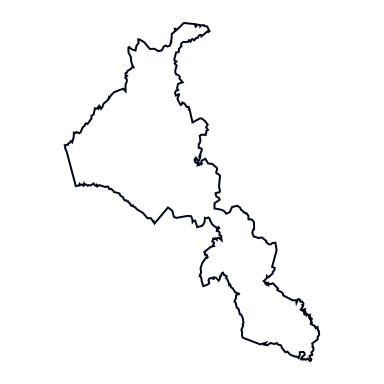 outline of Zapotiltic, Jalisco, Mexico
{"feature_id": "50627088B15187841007732", "entity_name": "Zapotiltic", "entity_type": "district", "adm_level": 2, "iso_a3": "MEX", "parent_name": "Mexico", "parent_adm1": "Jalisco", "projection": "equal_earth", "projection_center": [-103.32, 19.618], "detail": "fine", "context": "isolated", "style": "outline", "palette": "ink", "viewbox_px": 384, "rotation_deg": 0, "n_neighbors": 0, "source": "geoboundaries", "source_scale": "gbopen_adm2", "svg_char_len": 5976}
<svg xmlns="http://www.w3.org/2000/svg" viewBox="0 0 384 384"><path d="M66.6,151.4L75.8,186.1L78.7,185.5L79.5,184.1L80.0,185.3L81.6,184.4L83.5,185.8L84.1,183.6L84.7,184.7L85.7,184.4L87.7,185.7L88.6,185.1L90.4,185.5L93.7,183.5L94.8,185.3L96.9,186.3L96.9,184.9L98.3,185.8L99.6,185.2L105.3,187.0L107.5,186.5L108.4,187.1L109.2,189.1L111.0,188.8L113.4,190.8L113.8,191.9L119.5,193.5L120.3,195.5L123.3,197.5L123.4,198.7L124.8,200.5L126.1,200.2L127.3,201.4L128.3,201.4L128.6,202.5L130.4,203.8L130.4,204.8L131.7,205.9L132.7,205.5L132.7,206.2L134.5,206.8L137.4,209.6L142.8,212.8L147.5,218.2L150.8,218.2L152.7,220.8L153.4,220.9L153.3,221.8L154.5,223.5L168.0,207.5L172.2,210.6L173.9,216.9L176.4,217.9L187.6,215.9L191.1,216.2L192.4,219.5L192.6,222.0L193.4,220.9L195.1,220.6L197.3,227.2L201.7,225.9L203.2,224.7L204.6,221.8L204.9,217.8L206.3,218.2L208.5,217.5L209.9,219.1L209.8,219.9L212.1,224.1L214.2,226.2L216.2,227.1L216.8,229.1L218.1,228.4L218.5,227.3L219.2,228.1L217.5,229.4L216.9,231.1L218.4,231.2L219.6,232.4L219.5,235.2L221.0,235.8L221.6,240.2L218.7,237.8L216.7,238.3L216.7,239.6L215.4,238.3L214.7,239.1L213.3,238.5L212.3,241.6L213.8,242.2L214.1,243.4L213.0,244.9L214.0,246.0L210.7,246.9L204.3,252.0L205.1,252.9L204.8,254.3L205.5,255.1L206.6,254.8L207.7,257.2L207.0,258.0L205.9,257.7L202.2,263.2L200.6,268.3L201.1,272.8L200.1,274.5L200.4,275.8L199.8,276.2L201.2,277.5L201.8,281.6L203.3,286.1L207.0,284.9L209.3,283.2L208.5,280.6L209.1,278.8L210.8,278.0L213.6,278.8L213.5,277.4L215.8,277.6L218.7,280.6L219.8,278.9L220.0,276.4L221.1,276.0L221.7,273.4L223.0,272.7L224.2,275.2L226.5,276.0L226.6,277.2L226.0,278.0L227.1,279.0L228.8,282.8L229.2,285.2L230.2,284.6L231.0,287.2L232.9,288.5L235.2,292.3L239.0,293.7L238.6,294.4L236.9,294.0L236.0,296.0L236.0,297.9L234.5,301.6L235.7,302.8L236.8,307.7L238.5,308.8L239.9,314.3L241.2,314.6L242.9,318.6L243.5,322.8L242.7,324.5L243.1,325.8L241.4,329.7L242.1,332.4L242.0,335.8L243.0,337.8L260.3,344.4L265.8,342.7L264.3,344.7L267.5,345.2L270.4,343.0L274.2,344.0L277.0,343.1L277.7,344.4L281.0,345.4L282.0,348.0L285.4,352.2L287.3,351.6L290.3,354.7L295.1,356.6L296.6,356.5L298.6,358.1L299.8,354.8L299.8,352.2L303.3,351.9L304.6,353.2L304.6,354.9L302.1,356.9L301.0,358.8L301.3,359.5L302.8,359.0L303.5,359.5L304.1,358.9L305.7,359.8L307.7,358.5L309.7,361.0L311.0,360.4L311.3,359.1L310.0,358.0L309.7,355.7L312.3,354.8L311.4,352.3L313.3,350.5L313.5,348.1L312.4,346.7L312.8,346.0L312.2,343.5L317.6,339.4L317.7,336.9L319.2,334.9L318.8,331.0L318.2,330.7L317.5,327.1L315.7,328.3L314.9,326.1L310.9,324.0L311.8,323.0L311.0,322.4L311.5,321.4L310.2,319.4L311.3,319.9L311.8,318.9L310.8,318.6L310.5,317.6L310.0,318.0L310.0,316.9L309.1,316.4L309.9,314.8L307.7,314.9L307.2,314.3L306.5,315.2L305.6,312.5L304.6,314.4L304.2,314.1L304.2,312.2L303.6,311.6L304.2,311.4L304.9,309.3L301.5,310.3L300.7,309.6L303.0,306.4L302.3,305.0L303.3,304.7L303.4,303.4L302.0,301.5L300.5,301.7L299.8,299.5L298.2,299.1L296.5,302.9L296.1,300.3L292.4,300.2L283.2,295.4L283.0,293.7L281.2,291.9L277.4,290.2L277.3,289.3L278.0,288.6L272.9,283.3L270.4,284.2L268.3,283.4L268.3,285.1L267.1,284.2L266.5,284.7L266.1,284.0L267.0,282.9L265.3,283.1L265.5,282.3L263.7,281.1L266.6,278.3L266.9,276.0L268.3,277.4L272.7,273.4L272.8,272.1L274.6,269.6L274.6,267.9L272.1,266.9L276.6,250.3L275.4,242.7L272.1,243.2L270.7,244.4L268.9,244.3L266.1,242.1L266.3,241.0L262.0,237.5L258.4,238.0L253.6,236.4L252.3,232.6L253.2,229.5L254.1,229.4L254.0,222.6L253.5,221.5L251.7,219.5L248.5,219.3L248.4,215.9L246.6,213.3L245.8,213.6L244.8,212.5L243.6,212.4L243.4,211.5L240.9,209.5L240.2,207.8L237.4,205.8L232.0,207.0L229.9,212.0L226.3,213.7L224.0,211.0L221.3,209.7L214.5,208.5L214.5,203.3L219.7,199.7L219.0,198.0L216.5,196.6L215.6,194.0L215.7,193.1L219.5,192.2L220.0,190.8L219.0,186.9L220.0,175.8L218.6,174.2L216.5,173.3L216.2,172.3L217.1,169.1L216.7,167.7L212.3,164.0L208.1,163.4L205.3,158.8L201.6,160.7L201.3,162.3L201.9,163.6L201.3,164.4L200.1,163.8L198.9,165.2L198.0,165.3L199.3,163.7L197.9,162.6L197.4,163.7L195.1,161.9L195.4,161.3L194.6,160.4L194.7,159.2L195.9,157.8L196.7,158.8L196.4,159.4L198.6,161.1L200.0,158.0L200.3,155.8L199.5,156.1L201.9,149.9L201.5,148.6L198.7,147.8L198.8,144.0L199.9,142.8L200.4,140.2L199.7,135.9L201.2,134.7L205.5,134.9L205.3,134.1L206.1,133.6L206.4,130.9L208.0,129.8L206.1,127.3L207.7,124.6L204.9,120.9L201.5,118.4L200.0,118.4L192.5,122.4L189.5,109.2L188.9,109.4L188.8,106.9L186.9,107.0L184.3,103.4L182.4,102.5L181.8,104.4L180.6,105.0L178.7,101.6L177.4,98.7L179.2,94.7L178.8,94.1L176.0,95.6L175.1,93.5L175.2,92.1L176.4,90.4L178.1,90.1L177.1,88.0L178.1,83.9L182.7,82.3L179.5,78.6L179.8,76.8L178.1,75.0L176.1,74.3L175.3,72.4L175.3,70.4L176.7,65.4L174.7,63.5L176.4,61.4L174.6,60.8L174.3,59.6L176.0,52.5L178.6,52.1L179.1,50.0L178.8,48.9L181.4,46.3L181.0,43.9L182.9,42.1L188.2,41.8L189.0,40.2L189.7,40.2L190.5,41.6L192.0,39.2L193.1,39.2L194.1,40.3L196.4,37.9L198.0,37.7L198.4,36.2L199.8,35.0L201.0,35.0L201.4,36.4L207.4,31.4L208.2,32.1L209.5,31.2L207.2,26.5L203.7,25.8L203.7,25.1L201.0,25.3L200.2,26.3L200.0,25.1L195.8,24.3L196.3,26.3L195.8,26.7L194.6,24.1L183.8,23.0L176.6,30.0L175.6,28.7L174.8,28.8L175.4,30.9L171.8,33.9L171.4,40.3L170.8,41.3L171.4,42.2L170.3,43.7L170.0,45.6L167.4,46.5L165.7,45.5L163.6,46.7L162.0,50.2L158.6,51.2L154.3,48.8L149.9,49.0L144.1,42.1L139.4,39.4L138.2,39.4L138.6,42.9L136.4,45.9L135.5,50.5L131.9,49.4L129.1,47.0L128.4,47.7L128.5,52.5L130.9,57.2L130.9,59.9L131.9,64.0L133.5,67.4L131.7,67.4L131.3,68.6L127.3,71.1L126.8,72.8L125.7,73.0L125.5,75.3L127.0,75.9L125.3,77.7L126.8,79.4L126.8,81.6L125.5,84.9L125.6,91.2L123.2,88.7L114.1,92.2L111.1,95.2L109.3,98.1L108.9,97.4L108.2,99.6L103.4,103.9L102.4,107.1L101.0,108.8L100.1,106.9L98.9,108.2L98.7,106.3L97.0,108.7L95.0,108.3L93.6,114.5L91.4,115.9L91.5,118.4L87.5,124.0L86.2,123.3L85.1,124.1L84.5,126.1L82.8,127.1L80.7,132.1L79.0,133.3L76.6,131.9L75.7,133.1L73.9,132.6L73.6,137.8L72.1,142.4L71.0,141.1L69.9,142.6L68.2,143.6L68.1,144.7L64.8,145.2L65.4,146.9L65.0,147.9L66.6,151.4Z" fill="none" stroke="#020617" stroke-width="2"/></svg>